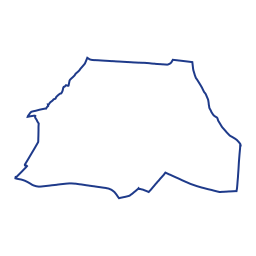 Coyoacán, Distrito Federal, Mexico (Mercator projection)
{"feature_id": "50627088B91322923127340", "entity_name": "Coyoacán", "entity_type": "district", "adm_level": 2, "iso_a3": "MEX", "parent_name": "Mexico", "parent_adm1": "Distrito Federal", "projection": "mercator", "projection_center": [-99.152, 19.328], "detail": "fine", "context": "isolated", "style": "outline", "palette": "blue", "viewbox_px": 256, "rotation_deg": 0, "n_neighbors": 0, "source": "geoboundaries", "source_scale": "gbopen_adm2", "svg_char_len": 5442}
<svg xmlns="http://www.w3.org/2000/svg" viewBox="0 0 256 256"><path d="M154.6,63.7L152.3,63.6L150.0,63.3L149.4,63.2L148.1,63.1L146.8,63.0L146.1,63.0L145.7,62.9L145.0,62.9L144.1,62.8L142.4,62.8L140.0,62.7L138.9,62.7L137.2,62.6L135.4,62.5L132.9,62.4L132.1,62.3L130.4,62.2L130.0,62.2L128.8,62.1L126.4,62.0L125.3,61.9L123.4,61.8L118.7,61.5L118.4,61.5L116.0,61.4L113.9,61.2L111.0,61.1L108.1,60.9L104.6,60.7L101.5,60.5L98.6,60.3L96.9,60.2L93.9,60.1L92.6,60.0L91.3,59.8L90.5,59.6L90.0,59.5L89.7,59.3L89.1,59.0L87.3,57.8L85.8,61.5L85.1,63.1L85.0,63.4L84.5,64.1L83.3,65.5L82.0,67.0L80.4,68.8L79.8,69.7L79.4,70.3L78.6,71.1L78.1,71.6L76.0,73.4L75.8,73.6L75.6,73.7L75.5,74.0L75.0,74.7L74.8,75.1L74.7,75.3L73.3,76.7L73.0,77.0L71.3,78.5L70.6,79.2L70.2,79.6L69.9,80.0L69.6,80.5L69.5,80.9L68.6,85.4L68.4,85.4L68.3,85.5L68.2,85.5L68.0,85.8L66.0,85.2L64.8,86.5L64.5,86.7L64.1,86.9L63.7,86.9L63.2,87.9L63.1,88.5L62.8,89.8L62.6,90.6L62.5,90.9L62.3,91.4L62.0,92.1L61.6,92.8L61.2,93.4L60.6,93.5L60.2,93.6L59.7,93.9L58.4,94.9L57.1,96.1L56.0,97.3L55.8,98.0L55.6,98.5L55.4,98.7L54.3,99.1L53.6,99.3L52.9,100.2L52.4,100.7L51.6,101.3L50.4,102.2L49.7,103.0L48.5,104.8L47.9,104.6L48.1,106.1L47.3,106.7L46.4,108.0L46.0,108.6L45.7,108.5L45.4,108.6L45.0,108.6L42.0,109.2L39.6,109.7L37.8,110.2L35.6,110.8L34.0,111.1L32.4,111.5L32.0,111.6L31.6,111.7L31.2,111.9L30.9,112.2L30.6,112.5L30.2,112.9L29.2,114.3L28.4,115.4L27.9,116.1L27.7,116.8L30.2,116.3L34.0,115.7L34.7,115.7L34.9,115.7L35.1,115.8L35.3,115.9L35.2,116.4L35.1,116.5L35.1,117.2L35.2,117.5L35.4,118.0L35.8,118.6L36.5,119.6L37.4,121.5L38.1,122.6L38.7,123.5L38.5,126.8L38.5,130.4L38.4,135.8L38.3,138.6L38.3,139.3L38.2,141.8L38.1,142.2L34.7,148.1L30.2,155.7L27.6,160.1L25.1,164.2L25.0,164.4L24.9,164.5L24.9,164.9L24.9,165.1L24.9,165.3L25.0,165.5L26.1,165.6L26.5,165.6L27.0,166.1L26.3,166.9L26.0,167.3L23.8,169.5L22.2,171.2L16.4,177.0L16.1,176.8L16.0,176.6L15.9,176.4L15.9,176.1L15.4,178.0L15.4,178.3L16.8,178.7L17.8,178.9L18.3,179.0L19.9,179.3L20.7,179.4L21.8,179.7L22.8,180.0L24.8,180.7L27.1,181.8L28.6,182.6L29.4,183.1L30.3,183.6L30.8,183.9L31.5,184.4L32.2,184.8L33.5,185.4L34.5,185.7L35.4,186.0L36.1,186.2L37.2,186.4L38.0,186.5L38.4,186.6L39.2,186.6L40.1,186.6L41.3,186.5L49.5,185.6L52.3,185.2L52.7,185.2L56.6,184.8L57.1,184.7L57.6,184.6L60.9,184.2L63.0,184.0L63.8,183.9L64.8,183.8L66.7,183.6L68.3,183.5L69.0,183.4L70.0,183.4L71.2,183.4L72.8,183.5L75.4,183.7L75.8,183.7L76.5,183.8L77.0,183.9L78.4,184.1L79.7,184.3L81.0,184.4L82.3,184.6L83.6,184.8L84.8,185.0L87.3,185.4L87.7,185.4L88.9,185.6L90.1,185.8L90.4,185.8L91.2,185.9L91.5,186.0L94.1,186.3L94.8,186.4L95.2,186.5L96.0,186.6L96.6,186.7L98.0,186.9L100.2,187.2L102.9,187.6L106.0,188.0L106.6,188.2L107.2,188.3L107.8,188.4L108.6,188.6L109.2,188.8L110.3,189.3L111.5,189.8L112.0,190.2L112.6,190.6L114.0,191.7L114.4,192.0L114.8,192.5L115.3,193.1L116.4,194.5L117.3,195.8L117.6,196.3L119.0,198.2L119.5,198.1L120.5,197.8L122.0,197.5L123.4,197.2L125.0,196.9L128.6,196.0L129.0,195.9L129.3,195.7L129.7,195.6L130.2,195.2L130.8,194.7L131.6,194.2L132.9,193.2L133.9,192.3L135.7,190.9L136.9,189.8L137.6,189.3L138.1,188.8L138.6,188.2L139.2,189.0L139.6,189.0L140.3,189.0L141.3,189.3L142.3,189.5L143.1,189.7L144.5,190.3L145.6,190.7L147.1,191.3L148.7,192.0L149.2,191.4L150.5,190.1L151.6,188.8L153.1,187.0L153.9,186.1L154.9,184.9L155.5,184.1L156.3,183.3L156.4,183.1L157.0,182.5L157.1,182.3L157.5,181.8L157.9,181.4L158.1,181.2L158.7,180.6L160.3,178.6L161.8,177.0L162.4,176.3L163.6,175.0L165.4,172.6L169.4,174.5L170.1,174.7L172.2,175.7L176.4,177.6L177.6,178.1L180.4,179.4L182.0,180.2L183.6,180.9L186.3,182.1L186.6,182.2L190.2,183.8L191.3,184.2L192.2,184.5L194.5,185.3L196.8,186.1L201.9,187.6L203.2,187.9L205.8,188.6L208.5,189.3L209.9,189.6L211.3,189.9L212.4,190.2L213.4,190.5L214.6,190.8L217.7,191.6L218.8,191.8L219.2,192.0L219.3,192.0L220.1,192.0L220.9,192.0L221.3,191.9L223.1,191.8L223.4,191.8L223.7,191.8L225.2,191.7L225.8,191.7L226.9,191.6L228.1,191.5L230.2,191.4L230.7,191.4L234.2,191.2L235.9,191.1L236.5,191.1L237.0,188.3L237.3,185.0L237.6,181.1L238.0,176.6L238.0,176.1L238.5,169.0L238.9,162.1L239.5,154.5L240.1,148.0L240.2,145.4L240.6,145.4L240.5,144.9L240.4,144.3L240.2,143.9L239.7,143.2L238.8,142.1L237.8,141.0L237.2,140.4L236.9,140.0L236.2,139.5L235.1,138.7L233.6,137.8L232.8,137.3L231.4,136.5L230.6,136.1L230.3,135.9L229.8,135.6L229.5,135.3L226.6,132.3L225.9,131.4L223.8,129.0L222.7,127.8L221.9,126.8L219.8,123.3L219.0,122.0L218.4,121.0L218.2,120.7L218.0,120.1L217.6,118.8L217.4,118.2L217.2,117.9L216.9,117.5L216.4,117.2L214.9,116.3L214.2,115.8L213.5,115.1L213.0,114.5L211.4,112.0L211.3,111.8L211.2,111.5L210.8,110.6L210.0,109.1L209.6,108.5L209.3,107.6L209.2,106.9L209.1,106.2L209.0,105.8L209.0,105.5L208.8,104.6L208.7,103.9L208.7,103.3L208.5,102.0L208.4,101.4L208.3,100.7L208.2,100.3L208.2,100.1L208.1,99.8L208.0,99.4L206.8,96.6L206.7,96.4L206.4,95.6L205.8,94.3L205.6,93.9L205.5,93.7L205.2,93.3L204.7,92.7L204.4,92.4L204.0,91.8L202.7,89.2L202.0,87.7L200.5,85.1L197.4,80.1L196.8,79.2L196.1,78.3L195.9,78.0L194.8,75.1L194.5,74.0L193.8,71.7L193.4,70.4L193.1,68.8L192.5,63.6L192.3,62.1L183.2,61.0L179.0,60.5L178.7,60.5L178.1,60.4L172.8,59.8L172.5,60.5L172.3,60.7L171.6,61.9L171.3,62.4L170.8,62.9L170.5,63.2L170.3,63.3L170.1,63.5L169.7,63.7L169.2,64.0L168.8,64.1L168.0,64.5L167.6,64.6L167.0,64.6L166.3,64.6L166.1,64.6L165.7,64.5L165.3,64.5L163.7,64.4L162.8,64.3L162.1,64.3L160.7,64.2L160.0,64.1L159.0,64.1L155.8,63.9L154.6,63.7Z" fill="none" stroke="#1e3a8a" stroke-width="2"/></svg>